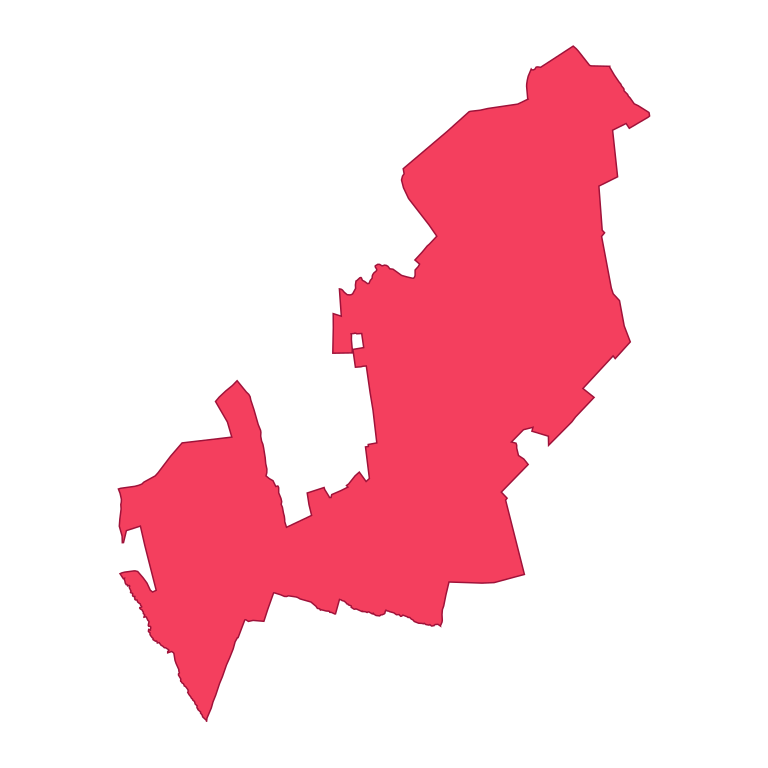 Hlipiceni, Botosani, Romania
{"feature_id": "2599482B72423078179164", "entity_name": "Hlipiceni", "entity_type": "district", "adm_level": 2, "iso_a3": "ROU", "parent_name": "Romania", "parent_adm1": "Botosani", "projection": "mercator", "projection_center": [27.104, 47.59], "detail": "fine", "context": "isolated", "style": "filled", "palette": "rose", "viewbox_px": 768, "rotation_deg": 0, "n_neighbors": 0, "source": "geoboundaries", "source_scale": "gbopen_adm2", "svg_char_len": 6088}
<svg xmlns="http://www.w3.org/2000/svg" viewBox="0 0 768 768"><path d="M206.5,721.9L207.0,718.1L211.3,708.0L213.0,701.9L215.7,695.2L219.6,683.4L222.4,676.7L226.5,664.9L229.7,657.7L233.2,648.9L235.1,641.9L237.4,637.7L237.8,637.8L238.2,637.4L244.8,619.9L245.8,619.7L248.4,621.4L253.1,620.4L263.9,621.3L267.7,609.5L273.6,592.9L274.6,592.9L280.7,594.8L284.4,596.4L286.6,596.5L288.4,595.8L296.3,597.0L298.3,597.8L300.0,598.9L310.9,602.0L316.0,606.3L317.4,608.4L319.7,608.8L320.3,610.0L320.7,610.1L321.2,609.7L326.1,611.0L328.9,611.2L329.5,611.6L329.8,612.3L331.4,612.4L334.9,614.0L335.5,613.9L339.5,599.4L341.4,600.0L341.9,600.5L344.3,601.2L346.3,603.0L346.6,603.7L348.2,604.3L348.4,604.9L351.1,605.8L351.4,606.5L351.2,607.3L354.1,609.2L355.1,609.2L355.5,608.9L356.4,609.0L361.7,611.4L362.1,611.6L362.4,611.2L363.3,611.6L365.4,611.7L367.1,612.5L367.6,612.1L368.8,611.9L372.1,613.8L372.7,613.9L373.0,613.3L373.4,613.3L373.6,614.0L376.1,615.5L379.7,615.9L380.8,614.9L382.2,614.8L384.4,613.8L384.8,613.4L385.4,611.0L386.0,610.8L386.1,610.2L387.5,611.0L388.7,611.1L389.4,611.6L393.8,612.8L396.4,614.7L399.2,614.6L400.6,616.3L401.6,616.2L402.9,615.1L407.6,616.9L407.9,617.4L409.8,617.5L411.3,619.1L412.8,619.8L414.3,621.5L418.6,623.2L422.1,623.4L423.3,623.8L424.1,623.3L425.8,624.5L429.0,625.1L429.9,624.6L431.5,626.0L432.0,626.0L434.1,625.6L434.2,625.2L435.3,624.5L437.9,624.3L440.4,626.0L440.3,625.5L440.7,625.2L442.0,622.2L442.3,620.4L442.0,614.6L442.4,609.6L443.7,606.0L445.9,595.0L449.0,582.0L482.0,583.1L494.2,582.6L524.4,574.4L505.6,500.1L507.1,498.2L501.3,492.1L528.2,464.5L523.8,459.0L518.5,455.5L516.7,448.1L516.7,445.2L516.0,443.2L511.4,442.0L523.5,429.7L533.0,427.3L531.9,431.2L548.4,436.2L548.6,445.3L571.9,421.8L575.5,417.0L594.1,397.4L582.9,388.5L613.1,355.9L615.2,358.6L630.3,341.9L624.2,325.9L619.5,300.6L613.2,293.8L611.3,288.0L601.6,236.4L604.6,232.8L602.2,230.2L598.9,186.1L617.6,176.8L612.6,130.2L626.1,123.5L629.3,128.3L648.5,117.0L649.6,116.0L649.1,112.8L648.7,112.3L638.2,105.7L634.2,103.8L630.0,97.8L628.4,96.2L627.6,94.4L624.2,91.0L624.0,90.6L624.0,89.2L623.6,88.4L621.6,86.0L620.8,84.1L619.1,82.1L614.2,74.9L609.9,67.5L609.7,67.0L609.8,66.3L591.3,65.9L589.6,65.4L578.2,50.9L576.2,48.7L573.2,46.1L540.6,67.3L537.8,66.9L536.2,67.1L534.8,69.2L533.4,69.9L531.7,69.8L531.2,69.1L528.2,76.2L527.3,80.1L526.7,84.0L526.6,86.3L527.7,98.6L528.1,99.1L517.7,104.1L487.8,108.5L480.2,110.2L470.5,111.3L469.1,111.7L447.3,131.3L403.2,168.7L404.1,173.8L402.5,176.1L401.5,180.0L403.5,187.8L408.6,198.6L429.0,224.9L436.8,236.2L429.4,244.1L427.2,246.0L422.2,252.1L414.9,260.0L419.6,264.1L418.2,266.6L415.1,270.0L415.1,275.5L414.5,277.1L413.6,278.2L412.4,278.2L406.9,276.9L401.6,275.4L393.0,269.2L389.8,268.8L388.0,266.4L386.4,265.4L384.4,265.1L382.9,265.7L381.7,265.7L379.7,264.4L377.8,264.3L375.3,265.8L375.2,266.8L376.7,269.3L376.7,270.2L376.1,271.1L373.9,272.9L372.8,274.5L372.3,275.8L372.1,278.3L370.3,280.4L369.0,283.4L367.5,283.6L364.7,281.5L362.4,280.3L361.4,277.9L360.9,277.5L359.8,277.8L356.8,280.6L356.0,281.0L355.4,285.0L355.6,288.4L352.6,293.9L351.1,294.7L349.9,294.9L347.2,294.7L344.3,292.3L342.4,290.0L341.1,289.2L339.4,288.9L341.3,316.2L333.2,313.6L333.3,327.9L332.8,353.2L352.2,352.9L352.3,348.9L352.1,347.8L351.4,339.6L351.5,335.3L351.1,333.8L354.1,333.5L354.5,333.2L356.0,333.3L356.7,333.8L361.7,333.5L363.7,347.6L352.9,349.4L355.4,367.2L360.9,366.8L363.2,366.2L366.3,366.0L370.1,392.6L373.0,410.2L376.8,442.9L368.2,444.5L368.4,446.5L365.5,446.9L369.4,478.5L366.1,481.5L359.3,472.1L355.2,475.7L348.6,484.0L346.5,485.5L347.9,487.1L340.9,490.6L331.7,494.6L331.0,497.5L329.4,497.5L329.1,496.6L324.7,489.5L324.1,487.5L307.2,493.0L309.0,504.7L311.6,515.4L286.5,527.3L284.7,521.5L284.7,519.4L284.3,516.2L283.5,513.2L282.4,507.2L281.2,504.4L281.7,501.7L281.0,498.5L278.7,492.8L278.7,487.8L278.1,486.2L277.6,486.0L275.8,486.5L273.0,480.7L269.3,478.6L266.0,475.9L266.8,472.7L266.9,469.1L265.7,463.6L265.2,457.8L263.6,447.8L262.9,444.3L261.6,441.1L260.7,436.1L260.9,432.4L260.6,430.4L258.2,424.5L254.0,409.8L250.8,400.1L250.1,396.7L248.8,394.4L246.4,392.1L237.1,380.7L232.3,385.6L225.7,391.0L219.2,397.1L215.5,401.5L227.4,422.0L231.8,437.1L182.1,442.9L170.6,456.2L158.0,472.8L155.2,475.9L143.9,482.1L141.8,484.1L138.7,485.3L134.9,486.3L120.6,488.3L118.4,489.0L120.1,493.4L121.4,499.3L121.3,502.1L120.8,504.5L121.1,509.0L119.8,519.5L119.3,526.2L122.1,536.1L122.3,542.7L123.5,542.6L126.4,530.6L140.4,526.1L144.8,545.4L156.2,590.3L152.6,592.0L150.3,590.2L147.0,583.1L143.2,577.9L137.7,571.5L135.3,570.9L133.9,570.9L124.8,572.1L122.0,572.8L120.0,573.7L123.3,578.7L124.5,578.3L124.3,579.4L125.1,581.8L125.2,582.9L126.2,584.6L127.1,584.6L127.6,585.9L129.0,585.4L129.6,585.8L129.7,586.4L129.3,587.0L129.4,587.9L131.0,591.1L130.5,592.2L130.6,592.6L132.6,593.4L132.7,593.9L132.5,595.2L133.0,596.3L134.8,596.5L134.5,597.5L134.5,597.9L134.9,598.3L134.9,599.5L135.7,600.0L137.0,600.0L137.6,601.9L139.2,603.3L140.3,603.9L140.7,605.5L141.5,606.3L141.7,606.9L140.4,607.7L139.8,607.6L139.7,608.0L140.3,608.9L142.2,610.1L142.6,611.1L143.3,612.0L143.3,613.6L144.6,614.6L144.7,615.3L144.1,616.1L144.0,617.2L145.7,616.8L146.4,617.1L147.7,620.1L148.9,621.4L149.0,621.9L148.4,624.3L148.3,625.7L148.8,626.3L150.0,626.3L150.5,626.5L150.8,627.9L150.4,629.1L150.4,630.0L148.7,629.4L148.4,631.2L148.6,631.7L150.0,632.8L150.0,634.4L150.4,635.3L152.1,637.6L153.1,638.4L153.0,639.6L155.5,641.2L156.2,641.0L156.9,641.4L157.3,643.0L159.2,642.6L161.0,645.2L162.8,646.2L164.3,647.7L165.7,647.8L168.6,649.7L168.8,650.2L167.7,651.7L167.7,652.8L171.7,651.5L173.3,652.6L173.9,653.4L175.0,660.3L176.0,663.3L178.7,669.3L178.9,671.2L179.4,672.9L178.5,673.9L178.5,675.1L180.7,678.8L180.8,679.3L180.6,680.3L180.7,681.3L181.3,681.7L182.2,683.1L183.4,683.7L184.1,685.1L184.2,685.9L185.5,686.5L187.8,689.5L188.1,690.4L188.1,691.7L187.7,692.4L189.2,694.9L190.6,696.6L191.5,698.3L192.5,699.1L192.8,700.1L194.5,701.5L195.2,704.1L197.1,705.8L196.9,707.3L197.2,708.2L198.0,709.0L197.9,709.6L200.6,712.0L200.5,713.0L202.1,715.0L202.7,716.9L206.2,720.2L206.6,720.9L206.5,721.9Z" fill="#f43f5e" stroke="#9f1239" stroke-width="1.5"/></svg>